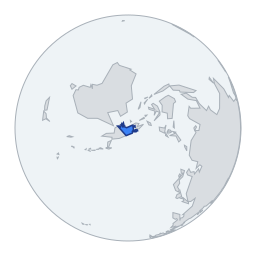 globe centered on Papua, rotated 138°
{"feature_id": "IDN-558", "entity_name": "Papua", "entity_type": "Province", "adm_level": 1, "iso_a3": "IDN", "parent_name": "Indonesia", "parent_adm1": "", "projection": "orthographic", "projection_center": [137.674, -4.867], "detail": "coarse", "context": "on_globe", "style": "filled", "palette": "blue", "viewbox_px": 256, "rotation_deg": 138, "n_neighbors": 0, "source": "natural_earth", "source_scale": "10m", "svg_char_len": 6813}
<svg xmlns="http://www.w3.org/2000/svg" viewBox="0 0 256 256"><g transform="rotate(138 128 128)"><circle cx="128" cy="128" r="113" fill="#eef3f6" stroke="#a8b0b8"/><path d="M200.9,152.3L200.8,153.1L200.7,153.2L200.9,152.3ZM184.1,30.3L181.0,28.8L182.5,30.0L179.4,28.1L184.6,32.6L183.3,33.8L182.6,31.1L180.8,29.8L178.9,29.7L176.7,28.4L174.5,27.7L172.0,26.4L171.8,25.3L170.2,24.5L168.9,24.5L165.6,23.4L167.8,23.5L162.3,21.7L160.8,20.4L164.6,21.5L174.6,25.4L184.1,30.3ZM225.8,88.0L224.9,85.5L226.1,87.1L225.8,88.0ZM223.8,84.1L224.3,84.9L223.8,84.2L223.8,84.1ZM223.2,83.6L223.7,84.0L223.2,83.8L223.2,83.6ZM222.5,83.3L222.8,83.4L222.8,83.5L222.5,83.3ZM221.0,82.1L220.6,81.8L220.9,81.5L221.0,82.1ZM184.0,31.4L184.8,31.5L184.8,31.9L184.0,31.4ZM174.6,27.9L175.1,28.4L173.8,27.9L174.6,27.9ZM168.8,25.4L166.4,24.6L168.8,25.2L168.8,25.4ZM165.1,24.1L159.5,22.6L160.1,23.3L155.2,20.7L161.6,22.6L164.3,23.1L163.8,23.4L165.1,24.1ZM153.4,19.7L152.1,19.3L153.5,19.5L153.4,19.7ZM87.4,22.9L88.6,22.5L89.5,22.2L90.1,21.9L88.7,22.6L89.8,22.2L90.7,21.8L93.4,20.8L97.6,19.6L96.9,19.9L95.2,20.4L90.7,22.1L86.5,23.7L90.1,22.5L95.6,20.3L98.4,19.5L96.1,20.3L97.1,19.9L98.3,19.6L98.7,19.7L101.4,18.8L114.8,16.6L117.0,17.0L113.5,17.7L122.1,17.7L123.9,18.9L124.7,18.4L129.4,18.5L128.9,18.1L129.6,17.9L141.4,19.0L143.6,19.8L149.6,20.5L150.1,20.3L148.8,19.7L155.2,20.7L160.1,23.3L158.9,23.5L162.7,25.3L159.4,25.6L158.5,26.9L152.7,26.6L152.4,28.0L154.0,28.6L154.8,31.2L151.2,35.1L147.3,29.1L151.4,24.5L149.2,25.9L147.6,24.9L145.6,25.1L144.2,26.4L145.2,27.0L132.6,26.9L125.1,30.9L130.6,31.4L132.5,33.4L128.7,40.2L112.8,49.0L115.1,53.2L114.2,55.8L110.0,56.9L111.1,53.1L108.1,51.4L109.4,49.3L102.9,50.4L104.5,47.5L98.7,50.1L99.2,52.6L104.4,52.4L98.7,56.3L102.0,61.2L100.7,66.8L89.5,76.4L80.6,79.1L79.7,81.0L77.0,78.7L72.1,82.4L76.0,93.8L75.4,97.1L68.1,103.2L68.2,100.7L61.2,94.6L58.9,102.6L64.2,109.4L65.9,117.5L61.4,114.9L59.7,107.8L57.3,105.5L58.7,98.4L58.0,88.4L53.5,90.3L54.6,86.3L53.0,78.5L46.9,81.2L36.8,92.3L34.2,102.8L31.3,107.7L30.6,93.1L32.9,83.4L31.0,84.5L31.6,77.0L28.0,77.8L29.0,75.5L27.9,76.9L28.6,75.0L30.2,72.1L34.7,64.9L39.8,58.0L45.3,51.5L51.4,45.4L57.9,39.9L64.7,34.8L72.0,30.3L79.6,26.3L87.4,22.9ZM27.5,77.2L25.4,81.7L25.8,81.2L28.3,76.8L26.6,80.5L26.1,83.5L21.4,93.6L19.2,99.0L22.7,87.9L27.5,77.2ZM17.6,105.6L18.0,104.1L17.5,106.7L15.8,118.3L17.6,105.6ZM38.7,59.3L38.8,59.3L43.2,53.9L43.6,53.6L44.9,52.0L43.5,53.5L44.7,52.2L38.7,59.3ZM48.8,47.9L49.1,47.7L51.3,45.5L48.8,47.9ZM58.6,209.9L60.8,211.2L60.1,211.5L58.6,209.9ZM19.4,157.8L19.0,156.3L17.9,151.2L19.4,157.0L25.9,175.4L26.0,175.7L22.3,166.9L19.4,157.8ZM92.4,137.7L95.8,138.4L95.7,139.0L92.4,137.7ZM88.8,135.7L92.6,136.0L88.3,136.8L88.8,135.7ZM94.1,136.2L97.9,135.4L99.6,134.7L99.3,135.8L94.1,136.2ZM86.3,135.6L73.2,134.9L68.2,133.4L69.3,131.4L77.3,132.2L86.3,135.6ZM68.9,131.4L61.4,125.8L52.4,110.3L55.6,110.5L65.3,119.9L64.6,121.5L69.1,125.9L68.9,131.4ZM87.4,122.0L86.8,127.0L79.4,126.2L76.1,125.3L73.9,118.8L75.1,115.6L77.8,115.8L88.8,105.6L92.4,108.4L88.9,112.7L91.9,117.2L87.4,122.0ZM34.4,103.8L35.2,110.0L33.7,111.2L34.4,103.8ZM93.8,98.5L89.0,102.8L93.6,97.0L93.8,98.5ZM96.9,93.0L96.9,95.3L95.3,93.0L96.9,93.0ZM79.0,84.0L76.2,84.4L76.4,82.9L80.2,81.5L79.0,84.0ZM99.6,71.7L98.5,76.1L97.6,77.5L96.8,74.8L99.6,71.7ZM113.4,16.7L115.9,16.3L116.2,16.4L115.7,16.5L113.4,16.7ZM113.9,16.5L114.3,16.3L116.6,16.0L115.8,16.2L113.9,16.5ZM176.1,195.6L178.1,197.0L175.1,200.1L170.6,203.0L165.8,203.3L176.1,195.6ZM139.9,198.5L138.5,194.0L143.7,194.3L142.6,198.0L139.9,198.5ZM179.3,193.4L181.9,190.1L181.7,185.1L182.8,189.8L186.3,190.9L179.3,197.0L179.3,193.4ZM117.4,178.5L97.0,185.1L92.1,183.8L92.5,180.3L86.3,169.6L87.8,169.9L85.8,162.8L97.3,157.2L105.3,146.5L112.8,147.8L117.8,140.3L125.7,141.7L123.9,147.8L132.8,153.0L137.3,139.4L144.1,155.5L151.5,162.2L155.2,172.8L147.1,188.8L141.1,191.3L139.4,189.5L137.1,190.9L132.6,189.6L128.9,183.5L126.6,185.0L128.2,180.9L125.3,184.4L122.4,180.5L117.4,178.5ZM175.0,158.5L176.5,159.3L179.3,162.6L176.8,161.6L175.0,158.5ZM197.1,154.5L198.1,156.1L196.4,156.0L197.1,154.5ZM200.7,153.2L198.7,153.2L200.9,152.3L200.7,153.2ZM181.4,150.7L182.3,151.9L181.7,152.1L181.4,150.7ZM180.8,150.3L181.5,148.9L181.5,150.4L180.8,150.3ZM173.0,140.5L173.8,139.9L174.3,140.6L173.0,140.5ZM100.8,138.8L105.4,135.2L108.0,135.1L100.8,138.8ZM171.7,138.6L169.5,138.1L169.7,137.3L171.7,138.6ZM171.7,136.7L171.4,135.5L172.9,138.5L171.7,136.7ZM167.5,133.4L170.2,135.9L167.2,133.6L167.5,133.4ZM166.0,133.4L164.1,132.2L164.2,131.9L166.0,133.4ZM146.1,131.8L152.9,139.5L147.7,138.5L141.7,133.5L137.6,136.8L127.9,135.0L129.9,132.8L128.5,129.0L118.8,126.5L116.9,124.0L120.2,122.8L114.0,120.4L120.8,120.0L123.7,125.1L127.5,121.8L134.5,123.6L141.5,126.1L147.4,130.5L146.1,131.8ZM121.0,130.5L122.2,130.7L121.2,132.0L121.0,130.5ZM160.5,128.9L163.2,131.8L162.9,132.3L161.6,131.7L160.5,128.9ZM148.7,129.9L154.9,126.9L156.4,127.2L152.4,131.1L148.7,129.9ZM153.3,124.1L156.3,125.1L157.9,127.6L157.3,128.1L153.3,124.1ZM107.2,124.7L106.9,126.1L105.2,124.9L107.2,124.7ZM109.4,124.2L114.6,126.1L108.9,125.2L109.4,124.2ZM94.1,118.4L95.6,121.6L100.1,119.9L96.7,122.6L99.9,127.9L98.9,129.8L95.7,124.0L94.8,129.7L92.8,129.5L91.5,124.5L93.5,118.6L95.5,116.3L103.8,115.9L94.1,118.4ZM109.3,120.3L107.9,116.6L109.0,114.3L110.4,116.3L109.3,120.3ZM104.2,107.8L100.9,103.5L97.7,104.8L104.4,99.8L106.4,104.7L104.2,107.8ZM101.8,98.8L98.7,100.0L102.0,97.0L101.8,98.8ZM98.1,98.6L98.0,95.9L100.3,96.4L98.1,98.6ZM103.3,99.1L104.3,94.5L105.2,97.3L103.3,99.1ZM97.7,89.9L102.2,94.6L95.9,92.2L96.8,83.7L99.6,83.7L97.7,89.9ZM120.3,59.3L120.3,57.3L123.1,57.1L122.3,58.6L120.3,59.3ZM132.1,55.6L123.8,56.4L117.1,57.5L118.7,58.7L116.3,62.0L114.5,58.5L119.9,55.2L124.8,55.0L126.5,52.4L130.7,51.1L131.3,47.8L133.4,46.7L134.4,49.7L132.1,55.6ZM131.4,46.4L133.9,41.2L138.7,42.7L139.2,44.2L136.0,45.8L133.7,44.9L131.4,46.4ZM135.9,40.5L133.7,39.7L132.7,32.3L133.7,31.2L137.0,37.1L135.0,36.7L134.4,38.4L135.9,40.5ZM152.0,19.5L152.0,19.3L152.9,19.7L152.0,19.5ZM129.2,17.7L130.4,17.5L131.4,17.8L129.2,17.7ZM134.1,17.3L132.2,17.1L134.6,17.2L134.1,17.3ZM127.9,16.8L131.6,16.9L127.7,17.0L127.9,16.8Z" fill="#d9dde1" stroke="#a8b0b8" stroke-width="1"/><path d="M134.5,123.6L134.4,136.3L132.5,134.5L132.8,133.9L131.3,134.6L131.0,134.1L130.4,134.7L130.8,133.3L129.9,132.6L130.9,132.7L131.1,132.5L129.7,132.0L131.0,132.1L130.0,131.6L128.8,129.1L123.1,127.2L122.5,126.8L123.3,125.8L121.3,125.1L122.1,124.0L122.7,125.0L123.7,125.0L125.5,122.8L127.0,122.6L126.9,122.0L128.3,121.3L134.5,123.6ZM130.5,133.3L130.4,134.3L127.9,135.0L128.8,133.3L130.5,133.3ZM125.4,120.6L124.5,120.8L123.5,119.7L124.5,119.8L125.4,120.6ZM126.4,121.9L125.2,122.2L123.6,121.6L125.1,121.7L126.4,121.9ZM130.2,134.5L130.4,135.0L129.7,134.8L130.2,134.5ZM122.5,120.3L122.6,120.7L122.4,120.5L122.5,120.3Z" fill="#3b82f6" stroke="#1e3a8a" stroke-width="1.5"/></g></svg>